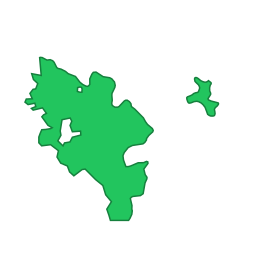 outline of Fergana, Ferghana, Uzbekistan, rotated 256°
{"feature_id": "79887680B63252769213541", "entity_name": "Fergana", "entity_type": "district", "adm_level": 2, "iso_a3": "UZB", "parent_name": "Uzbekistan", "parent_adm1": "Ferghana", "projection": "equal_earth", "projection_center": [71.801, 40.219], "detail": "fine", "context": "isolated", "style": "filled", "palette": "green", "viewbox_px": 256, "rotation_deg": 256, "n_neighbors": 0, "source": "geoboundaries", "source_scale": "gbopen_adm2", "svg_char_len": 2704}
<svg xmlns="http://www.w3.org/2000/svg" viewBox="0 0 256 256"><g transform="rotate(256 128 128)"><path d="M217.7,59.3L200.0,56.5L204.0,47.7L197.9,48.0L193.0,51.2L188.3,47.9L188.5,45.2L185.3,41.2L179.5,42.2L180.7,36.3L178.0,34.3L174.9,36.7L174.6,43.6L171.1,43.7L170.4,39.0L168.3,40.3L168.2,49.9L161.9,52.4L161.2,49.3L159.7,47.1L149.9,51.0L146.6,54.5L146.1,52.9L146.5,47.8L147.2,43.9L143.9,41.4L140.8,39.3L135.2,37.9L131.6,39.9L130.5,48.9L122.8,55.0L117.0,52.1L110.2,54.2L105.8,60.0L99.5,60.7L94.7,63.9L98.8,73.4L98.5,76.5L85.9,84.0L78.3,89.7L68.6,90.2L60.5,94.1L54.4,87.8L47.7,88.4L42.6,88.6L38.2,106.2L39.8,108.0L43.3,110.8L46.6,112.1L48.4,112.1L51.8,113.1L59.1,113.2L60.1,114.6L60.4,116.2L59.4,123.7L60.6,126.8L70.5,131.2L74.1,134.0L75.6,134.5L78.6,133.4L84.3,133.4L88.8,138.8L90.4,139.0L91.1,137.9L90.6,134.7L91.8,129.4L90.5,121.3L90.5,118.7L91.1,116.6L97.9,115.9L102.3,116.4L105.1,118.4L109.0,123.5L110.0,128.1L109.0,138.7L109.6,140.1L109.9,140.8L111.9,143.0L113.2,143.4L115.7,146.3L118.3,151.1L119.6,151.9L121.6,151.5L126.7,147.8L129.9,146.5L134.1,145.4L144.6,139.2L148.0,136.5L151.0,136.7L153.3,135.7L155.2,133.9L155.5,132.4L155.1,130.9L151.0,124.5L150.7,123.0L151.4,120.3L152.8,118.9L154.1,118.1L156.0,118.2L158.6,119.4L163.4,120.2L165.4,120.8L170.5,125.0L172.4,125.9L175.9,126.0L179.6,124.2L181.2,122.4L183.8,116.3L190.0,110.5L190.4,107.8L188.9,105.9L184.9,102.8L179.5,101.5L178.4,99.9L178.2,98.7L178.9,97.2L181.2,94.6L184.1,92.4L190.7,89.5L195.2,83.1L198.1,81.0L201.3,77.3L202.8,74.4L203.9,73.5L209.7,72.2L211.5,71.2L213.1,69.0L213.5,65.8L217.1,61.8L217.8,59.9L217.7,59.3ZM152.0,66.0L151.7,74.3L148.2,75.1L144.5,72.4L137.8,73.1L136.4,81.2L132.6,80.5L132.5,71.8L128.5,68.3L128.9,62.8L126.4,60.6L132.5,56.8L137.2,61.2L141.5,61.5L152.0,66.0ZM178.7,92.7L177.0,92.9L173.9,91.9L174.3,90.1L175.7,87.7L179.4,88.9L179.4,91.3L178.7,92.7ZM149.0,207.0L147.3,205.9L146.1,205.0L145.7,204.1L145.8,202.1L145.6,200.3L144.5,197.8L144.1,195.4L143.8,193.1L143.1,192.3L141.5,192.1L139.0,192.3L137.7,192.8L137.2,193.9L137.2,195.7L137.6,198.4L137.3,201.2L136.3,203.1L134.5,205.1L132.4,206.5L129.4,207.8L125.0,208.3L122.0,208.6L120.5,209.9L119.6,211.2L119.0,213.5L119.2,214.9L120.7,215.9L122.6,216.2L125.0,216.3L126.1,217.0L127.1,218.5L127.9,220.1L129.1,221.4L129.7,221.7L130.5,221.6L131.1,220.6L134.1,215.1L135.9,212.8L136.5,212.7L137.2,212.8L139.2,214.9L140.6,216.3L141.7,216.6L142.9,216.5L143.9,216.2L147.2,216.9L149.6,218.1L150.8,219.4L152.0,219.5L154.5,217.5L154.0,216.7L153.6,215.0L153.9,213.5L154.9,211.8L156.3,210.1L159.0,208.1L160.3,206.8L160.6,205.7L160.3,204.8L159.4,204.4L157.0,204.3L155.4,205.2L152.9,206.8L151.5,207.2L149.9,207.3L149.0,207.0Z" fill="#22c55e" stroke="#15803d" stroke-width="1.5"/></g></svg>